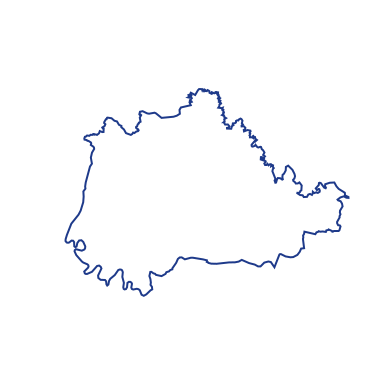 Kham Khuean Kaeo, Yasothon, Thailand (Robinson projection), rotated 331°
{"feature_id": "78962969B10753248313683", "entity_name": "Kham Khuean Kaeo", "entity_type": "district", "adm_level": 2, "iso_a3": "THA", "parent_name": "Thailand", "parent_adm1": "Yasothon", "projection": "robinson", "projection_center": [104.4, 15.654], "detail": "fine", "context": "isolated", "style": "outline", "palette": "blue", "viewbox_px": 384, "rotation_deg": 331, "n_neighbors": 0, "source": "geoboundaries", "source_scale": "gbopen_adm2", "svg_char_len": 6044}
<svg xmlns="http://www.w3.org/2000/svg" viewBox="0 0 384 384"><g transform="rotate(331 192 192)"><path d="M253.9,111.0L252.4,110.0L252.4,109.2L252.9,109.0L252.6,108.3L252.0,108.1L251.2,109.1L250.9,107.6L250.3,108.0L250.5,106.8L248.1,105.4L246.5,105.9L241.8,108.7L239.1,104.6L238.4,105.1L238.3,106.8L237.4,106.4L237.2,105.7L235.9,105.5L235.8,107.3L234.4,107.3L235.4,108.2L237.4,107.2L237.3,109.9L234.7,110.7L234.7,111.4L235.5,112.3L235.5,113.0L234.8,112.8L234.0,111.7L233.3,112.3L233.0,115.5L223.3,112.7L220.9,114.1L219.3,117.7L215.7,117.9L212.3,117.2L201.3,112.4L198.6,105.7L197.7,104.5L192.4,102.7L190.9,101.5L188.0,97.4L185.4,96.6L183.6,98.5L183.7,99.2L184.6,99.4L184.8,100.1L182.4,101.6L181.1,105.6L179.1,105.6L178.7,106.3L177.3,106.5L175.9,107.9L174.8,107.9L174.2,108.7L174.9,110.9L175.3,111.1L175.2,112.2L174.3,112.6L172.6,112.1L170.2,112.5L169.3,111.5L167.9,112.3L166.2,112.4L162.8,108.5L162.8,104.3L161.6,101.1L162.3,100.0L160.7,97.8L160.6,93.9L158.7,92.1L157.4,88.5L154.2,86.0L153.7,85.9L152.6,86.9L152.0,86.6L149.3,88.2L148.6,89.0L149.1,90.7L147.6,91.9L144.8,92.1L144.8,93.1L145.5,93.7L143.7,96.6L142.6,96.1L140.9,94.0L139.1,95.6L136.6,96.0L135.8,95.0L134.3,94.5L134.4,93.8L133.7,93.4L132.5,93.7L131.0,92.8L129.5,93.1L127.6,91.7L125.9,92.1L125.1,91.8L123.8,92.9L123.4,94.1L125.1,95.5L125.3,96.5L126.2,97.1L127.6,99.7L127.5,100.5L126.3,101.8L127.7,104.5L127.8,105.6L127.3,106.9L123.6,109.1L120.2,112.9L118.2,118.7L115.1,120.3L103.7,132.1L101.2,135.4L100.4,137.4L97.3,138.8L95.0,143.5L91.9,148.2L85.6,154.3L81.8,156.8L71.1,161.2L61.8,168.9L58.6,172.0L57.6,173.6L57.9,175.4L59.0,176.3L60.1,176.6L63.1,176.1L64.4,177.0L64.6,178.6L62.7,182.5L63.3,183.7L64.6,183.7L67.0,181.0L69.8,179.7L71.9,180.6L72.7,183.0L72.3,187.8L71.2,189.4L70.0,190.1L67.2,189.9L62.8,185.8L61.3,186.0L60.5,187.0L60.2,191.1L62.0,199.4L62.7,201.0L65.5,204.6L65.8,205.8L65.4,207.0L64.4,207.8L59.2,209.3L58.8,211.2L59.4,212.2L60.5,212.8L65.8,213.3L73.1,210.7L75.1,211.3L75.9,213.1L75.7,215.0L69.4,219.5L68.4,221.8L69.5,224.5L73.3,226.8L73.6,228.4L72.4,231.3L72.5,232.7L74.0,232.4L76.3,229.6L78.4,228.3L84.2,227.2L89.7,224.5L91.4,224.8L92.5,225.7L92.9,226.6L92.6,228.6L89.9,232.5L88.4,238.4L85.7,242.0L85.3,243.7L85.8,244.5L87.2,244.9L89.0,243.8L91.5,240.2L93.3,240.0L94.5,240.7L95.1,241.9L95.0,243.2L92.6,246.1L92.4,247.6L93.3,248.8L96.8,249.9L98.1,251.1L98.7,252.6L98.1,257.4L99.5,259.4L102.4,259.4L108.0,257.9L110.0,257.9L111.0,255.5L110.7,253.1L112.1,251.3L113.4,248.0L114.0,244.8L116.8,241.7L117.8,242.2L118.8,244.4L120.1,245.7L120.3,247.0L124.6,250.8L129.1,250.8L130.7,249.7L133.5,250.3L135.1,249.7L137.3,250.1L137.9,249.2L143.8,246.3L147.2,243.7L149.5,243.3L151.3,244.2L153.1,247.4L159.0,248.9L161.0,250.0L169.0,256.3L171.9,259.0L171.0,260.3L171.9,261.1L171.9,261.9L174.1,264.0L178.7,266.7L190.4,271.6L195.4,274.3L199.1,275.5L202.6,275.5L207.5,281.9L211.7,285.9L213.7,289.1L215.9,290.3L221.0,288.8L225.1,289.8L227.0,291.5L227.6,297.8L238.1,289.1L238.8,289.0L239.7,289.5L242.6,293.7L246.4,296.8L249.0,298.0L253.7,298.1L257.3,296.5L260.0,294.4L262.8,295.5L266.3,286.8L267.2,285.9L268.1,283.9L269.7,283.0L271.1,281.2L279.4,288.7L281.4,287.6L282.6,288.0L283.8,287.7L284.9,288.9L287.2,289.9L289.7,291.8L290.9,290.7L292.8,291.3L293.3,291.0L295.7,294.2L295.5,294.7L295.9,295.0L297.2,294.9L301.3,297.2L302.4,296.9L305.2,294.1L305.1,292.9L303.7,291.9L303.8,289.7L304.4,288.5L308.8,285.8L309.3,284.7L311.1,283.4L311.3,281.8L312.4,280.1L316.7,277.6L317.6,274.8L317.5,272.1L315.7,270.1L315.6,269.2L319.2,268.7L322.7,269.4L324.2,271.8L326.0,273.0L326.4,272.2L324.2,269.2L325.3,266.7L321.8,260.4L321.1,257.1L321.1,252.7L317.0,250.7L312.3,249.8L311.2,251.3L311.2,253.2L310.7,253.5L309.7,252.2L309.0,246.7L308.2,245.8L307.4,245.7L306.2,247.4L302.0,248.8L302.2,250.9L304.1,250.7L304.7,251.2L304.4,252.9L303.7,253.7L301.6,253.8L300.3,252.5L298.4,252.2L297.8,250.4L296.8,251.9L295.5,252.7L294.3,250.9L292.5,250.6L290.2,252.0L287.3,250.6L287.2,248.5L285.1,247.1L283.5,244.1L283.8,243.8L284.8,244.5L286.2,244.5L287.3,243.6L288.4,243.6L291.1,239.5L290.6,235.7L288.7,235.8L286.9,234.9L286.8,233.3L286.0,231.5L286.3,230.4L288.1,229.8L289.8,228.1L290.4,225.8L290.6,221.3L288.9,215.6L286.3,215.6L284.4,218.6L281.3,220.6L279.6,220.9L278.2,222.9L277.6,224.9L276.9,224.9L275.9,222.8L273.8,221.4L272.5,222.1L270.1,224.5L269.4,224.3L269.8,222.0L271.3,221.1L272.4,212.8L273.9,211.1L275.1,210.7L274.9,209.1L275.8,208.0L275.4,207.5L273.8,207.7L274.7,206.5L274.5,205.9L273.5,205.5L271.9,205.8L271.6,203.9L270.3,204.5L269.0,203.8L269.1,202.1L271.1,201.4L271.3,200.7L267.9,196.9L269.2,194.9L270.0,195.3L269.7,196.5L270.8,198.1L271.2,198.0L271.4,196.8L273.1,196.2L272.2,194.1L274.5,192.6L274.4,189.9L273.8,188.4L274.2,186.1L273.7,185.6L271.5,185.2L270.9,184.4L270.4,181.5L269.4,182.1L267.4,181.8L266.7,181.5L266.5,180.6L267.0,179.6L270.8,178.1L271.3,178.5L271.8,177.9L272.7,178.3L274.0,178.0L273.2,176.2L273.7,174.5L272.8,174.1L272.8,172.7L272.2,172.7L271.6,174.3L271.1,173.3L269.2,172.3L269.8,171.4L269.7,170.4L271.2,169.3L271.0,168.2L272.6,167.4L272.8,166.6L270.5,164.7L266.9,164.2L267.4,162.8L268.9,162.8L269.8,161.7L269.2,159.6L267.2,158.7L267.6,157.9L269.2,157.6L268.9,156.1L270.7,154.1L270.6,152.2L270.0,151.3L268.2,151.3L267.2,151.9L266.3,151.2L264.9,151.2L264.1,152.5L262.7,152.6L261.0,151.8L260.2,152.8L260.5,153.6L258.8,153.8L257.0,155.7L253.4,153.5L253.7,152.9L255.4,153.4L256.6,152.7L256.1,150.3L253.7,149.1L253.6,147.5L254.2,146.7L253.5,146.3L254.8,146.0L255.4,144.0L257.6,143.9L256.6,142.1L257.0,141.1L255.6,139.3L257.5,139.0L257.5,138.0L258.5,137.8L258.7,136.4L258.3,135.5L259.2,135.1L258.6,134.2L259.7,133.2L258.5,133.0L255.9,131.0L257.6,130.1L258.4,128.8L260.3,128.7L260.4,127.0L259.6,127.2L259.2,126.3L260.8,125.8L259.9,124.8L260.0,124.4L262.1,123.6L261.6,122.6L260.8,123.7L260.1,122.7L262.1,121.5L261.7,120.2L262.4,119.6L262.3,118.7L263.1,117.5L262.3,116.9L261.5,118.0L261.5,116.2L261.0,116.0L260.5,116.7L259.4,116.5L257.7,114.3L257.3,114.6L257.3,115.7L256.8,115.7L255.4,113.7L256.1,112.3L255.6,111.2L255.0,110.4L253.9,111.0Z" fill="none" stroke="#1e3a8a" stroke-width="2"/></g></svg>